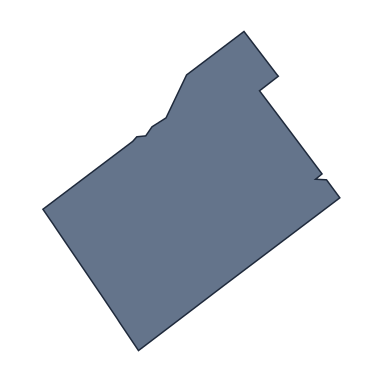 outline of Thomas, Georgia, United States of America, rotated 52°
{"feature_id": "52423323B60501572550321", "entity_name": "Thomas", "entity_type": "district", "adm_level": 2, "iso_a3": "USA", "parent_name": "United States of America", "parent_adm1": "Georgia", "projection": "equal_earth", "projection_center": [-83.95, 30.868], "detail": "fine", "context": "isolated", "style": "filled", "palette": "slate", "viewbox_px": 384, "rotation_deg": 52, "n_neighbors": 0, "source": "geoboundaries", "source_scale": "gbopen_adm2", "svg_char_len": 519}
<svg xmlns="http://www.w3.org/2000/svg" viewBox="0 0 384 384"><g transform="rotate(52 192 192)"><path d="M113.8,320.1L127.0,320.9L132.3,321.2L134.7,321.4L135.8,321.5L152.0,322.6L215.5,326.8L215.9,326.8L228.1,327.7L245.3,328.9L250.5,329.4L284.0,331.8L284.7,276.0L285.3,225.3L287.6,79.1L265.2,78.5L258.0,86.8L257.8,78.4L196.5,77.2L153.8,76.5L153.9,52.7L151.4,52.8L97.5,52.2L96.4,124.2L117.6,166.8L116.0,183.4L119.3,193.9L114.5,201.5L115.6,207.5L113.8,320.1Z" fill="#64748b" stroke="#1e293b" stroke-width="1.5"/></g></svg>